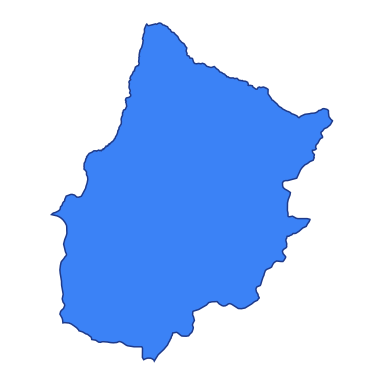 Pimampiro, Imbabura, Ecuador
{"feature_id": "8360857B7887344691779", "entity_name": "Pimampiro", "entity_type": "district", "adm_level": 2, "iso_a3": "ECU", "parent_name": "Ecuador", "parent_adm1": "Imbabura", "projection": "orthographic", "projection_center": [-77.94, 0.296], "detail": "fine", "context": "isolated", "style": "filled", "palette": "blue", "viewbox_px": 384, "rotation_deg": 0, "n_neighbors": 0, "source": "geoboundaries", "source_scale": "gbopen_adm2", "svg_char_len": 5894}
<svg xmlns="http://www.w3.org/2000/svg" viewBox="0 0 384 384"><path d="M146.8,24.1L146.2,24.8L144.4,29.1L144.5,32.1L144.1,33.5L143.5,34.4L143.2,36.6L142.6,38.1L142.5,39.0L143.3,40.3L143.0,41.0L142.8,43.3L141.6,47.6L139.9,50.5L139.9,51.6L139.6,52.1L139.1,55.2L139.5,56.2L138.9,57.1L139.0,58.9L138.6,61.9L139.2,63.0L139.2,63.6L138.8,64.2L138.5,65.5L137.1,65.9L135.3,67.2L135.1,68.3L134.5,69.8L134.6,70.8L133.4,71.4L132.1,74.5L130.6,76.4L130.0,78.4L130.7,79.7L130.0,80.4L129.6,80.6L128.9,82.0L129.1,82.9L129.4,83.6L129.0,87.2L129.3,88.5L130.2,90.4L130.1,91.7L129.7,92.2L129.6,93.0L130.3,93.9L130.7,94.7L130.7,95.9L129.6,97.0L128.1,97.6L127.1,97.7L126.2,98.1L125.6,99.3L125.5,100.4L126.2,101.2L125.7,102.1L126.2,103.3L126.7,106.3L125.3,109.3L124.9,109.6L124.0,109.8L123.5,110.3L123.1,111.2L123.1,112.0L122.5,112.8L122.5,115.5L121.7,116.9L121.1,119.1L121.4,121.8L121.2,124.0L119.0,127.5L118.9,129.0L118.7,129.6L118.0,130.4L117.5,133.0L116.7,135.0L115.5,136.9L115.0,138.6L114.4,138.9L113.9,140.0L112.4,141.7L111.9,141.8L110.2,143.5L109.7,143.6L109.6,144.2L108.9,144.1L108.9,144.7L108.1,145.0L107.7,146.0L107.2,145.8L106.7,146.3L106.1,146.2L106.1,146.7L105.6,146.8L104.0,148.9L103.4,148.8L103.2,149.5L102.6,149.7L102.4,149.5L101.1,150.8L100.3,150.3L99.6,150.6L98.7,150.1L96.5,151.1L96.1,150.8L93.9,150.8L91.8,152.3L89.2,153.4L86.6,156.8L86.8,157.3L85.8,159.0L85.3,161.4L84.2,163.2L84.0,166.6L84.2,167.8L84.0,168.9L84.2,169.5L85.1,170.0L86.5,171.9L86.5,174.8L87.5,176.6L87.8,179.4L87.1,183.1L86.0,186.4L85.6,188.3L81.4,196.2L78.8,197.2L76.8,197.1L74.6,195.1L72.2,194.4L70.9,194.4L66.2,196.1L64.8,199.4L64.6,201.0L63.7,201.7L62.8,202.9L61.9,205.5L60.5,206.8L60.2,208.8L59.7,209.9L58.1,211.1L55.3,212.5L53.7,212.9L52.6,213.5L51.5,214.6L57.1,215.9L59.5,217.0L61.2,218.2L63.0,219.8L65.0,222.4L66.5,225.3L66.7,226.6L66.9,233.3L66.4,235.4L64.7,239.7L63.6,244.1L65.5,252.0L66.4,253.8L66.5,255.0L65.7,256.2L65.0,256.8L63.9,258.6L61.7,261.2L61.1,262.2L60.4,265.5L59.9,269.9L60.2,273.3L61.5,281.1L61.6,285.2L63.2,294.3L62.2,298.9L63.1,302.2L64.4,303.9L64.7,305.6L63.5,308.5L61.6,310.2L60.6,311.5L59.9,314.1L62.1,318.1L62.6,319.9L62.9,322.9L64.6,322.6L68.9,323.0L71.4,324.0L76.6,327.7L78.5,329.8L79.0,330.8L82.6,331.9L85.9,333.9L87.5,334.3L91.1,337.1L91.5,338.1L91.7,339.5L95.7,340.2L98.6,342.1L100.7,342.3L101.8,341.8L103.3,341.7L107.4,342.0L110.7,342.6L113.4,342.8L116.8,342.5L119.1,341.5L120.7,341.8L122.3,342.5L126.4,345.3L127.8,345.8L134.1,346.8L141.6,346.8L142.1,347.2L142.5,348.3L142.4,357.4L143.7,359.7L145.4,358.8L147.2,358.2L148.2,358.1L150.7,358.2L151.9,358.7L153.2,359.5L154.1,360.4L154.3,361.0L158.2,354.7L163.9,349.3L167.5,345.0L168.7,342.4L169.8,340.6L170.3,339.2L171.0,338.3L171.5,336.3L172.2,335.3L172.7,333.0L176.4,332.3L177.3,332.6L181.5,335.9L182.9,336.1L186.3,336.2L188.6,335.8L190.5,333.4L191.5,332.7L192.2,331.5L193.1,328.9L193.3,327.4L192.4,325.0L193.0,323.2L194.4,320.5L193.5,316.8L192.6,314.9L192.8,311.9L193.2,311.2L198.7,309.5L206.5,305.0L208.7,302.6L211.9,301.8L217.1,301.6L219.2,303.9L222.0,305.6L223.5,306.0L225.3,305.8L227.1,304.9L228.3,303.9L229.9,303.6L231.6,304.2L238.3,308.5L241.4,308.7L245.0,308.0L251.7,303.9L254.4,301.7L257.4,300.3L258.3,298.9L259.1,298.2L259.2,297.6L258.2,296.0L258.0,294.3L256.5,292.0L255.9,289.3L256.2,288.1L257.0,286.8L260.2,285.5L260.7,284.6L261.9,280.5L263.0,277.2L263.9,275.3L264.3,273.5L265.4,270.5L266.9,269.3L270.2,267.9L271.6,267.0L272.7,264.6L273.8,262.9L275.2,261.8L276.6,261.0L280.8,261.5L282.9,261.5L283.9,260.4L285.6,257.6L285.6,256.6L283.2,253.8L282.8,252.8L282.4,251.1L283.4,249.5L286.1,247.7L286.7,246.8L286.6,244.8L286.8,244.0L285.9,240.7L286.0,239.2L286.6,238.3L287.1,236.3L288.9,236.2L289.8,235.6L291.8,234.8L293.0,233.5L294.6,233.5L295.8,233.3L299.0,231.3L302.7,228.0L306.2,226.4L307.5,223.9L309.1,221.7L310.0,219.7L309.9,219.3L307.1,218.6L297.7,218.6L295.5,218.0L295.1,217.6L292.5,216.2L289.3,216.8L288.3,216.5L288.0,215.9L288.0,213.2L287.4,210.5L287.5,202.9L288.2,199.6L290.0,195.0L290.4,192.5L288.0,190.8L284.6,188.9L283.1,187.4L282.6,185.6L282.5,182.8L283.5,181.3L284.5,180.9L285.5,180.6L287.6,180.6L296.7,178.2L300.6,169.7L302.2,167.5L304.8,164.9L307.5,163.5L309.9,161.6L313.2,160.2L314.2,157.7L313.8,157.1L314.4,154.8L314.2,154.3L313.1,153.2L312.5,151.9L312.4,150.3L314.8,150.0L316.3,148.8L315.6,147.3L315.9,145.4L316.5,144.5L317.8,143.2L319.5,140.0L320.6,138.5L322.5,137.6L322.5,136.4L321.1,133.9L321.0,132.3L322.5,131.0L324.4,128.6L327.0,127.6L330.3,124.8L332.5,120.9L332.5,120.7L330.9,119.4L328.9,116.6L328.4,112.2L328.5,110.9L327.9,110.0L326.8,109.3L323.9,108.6L322.6,108.8L321.4,109.7L320.0,110.3L318.7,110.5L317.7,111.6L316.0,112.6L314.3,113.1L311.1,113.3L309.6,113.7L304.9,114.3L300.8,116.2L299.0,117.7L297.9,117.0L297.0,115.9L293.8,114.4L291.6,113.7L290.3,112.5L288.4,111.6L287.1,111.3L282.4,108.8L281.5,107.8L279.3,106.6L278.0,105.3L277.3,104.2L272.9,100.3L272.1,100.1L271.2,98.4L268.2,94.1L268.0,93.6L268.1,89.4L266.3,88.1L265.7,88.1L264.9,87.5L263.3,87.0L260.8,87.6L259.4,87.0L258.1,87.5L257.0,89.2L255.8,89.1L252.9,87.0L252.4,85.8L252.1,85.7L250.1,85.3L248.6,85.5L248.1,85.3L248.3,84.2L247.6,82.3L245.7,81.3L242.9,81.0L242.3,80.5L241.1,80.7L240.1,80.3L239.2,80.4L237.0,78.3L234.6,78.6L233.2,77.9L230.7,78.0L228.9,77.5L228.1,76.8L226.8,76.8L226.5,75.9L225.4,75.2L224.7,74.2L222.9,73.5L221.7,72.5L219.9,72.0L218.2,69.8L216.2,68.5L215.4,67.5L214.2,66.5L211.6,67.4L210.5,67.4L206.8,66.3L204.6,64.0L202.6,63.3L202.2,63.3L201.0,63.8L198.6,63.4L196.4,63.8L194.5,63.4L193.5,61.9L192.5,58.6L191.9,58.2L191.0,58.2L189.8,58.0L189.5,56.9L188.9,56.0L187.3,55.5L186.8,54.4L187.1,53.5L186.1,51.0L186.8,47.9L185.3,46.1L185.0,45.3L183.9,43.6L181.8,42.4L179.2,39.6L177.8,36.6L175.2,34.2L173.9,32.6L171.8,32.1L170.8,30.9L170.4,29.8L168.5,28.6L167.5,26.7L165.4,25.9L164.4,25.2L163.0,25.0L161.3,23.5L159.8,23.0L158.6,23.2L156.6,24.3L155.6,23.9L148.6,25.7L147.9,25.5L146.8,24.1Z" fill="#3b82f6" stroke="#1e3a8a" stroke-width="1.5"/></svg>